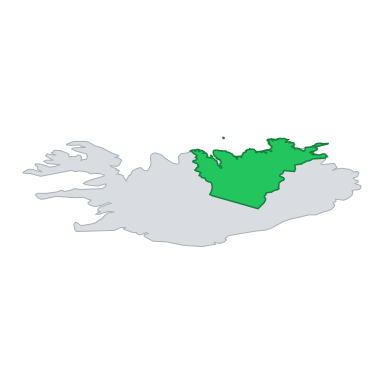 location of Norðurland eystra within Iceland
{"feature_id": "ISL-702", "entity_name": "Norðurland eystra", "entity_type": "Region", "adm_level": 1, "iso_a3": "ISL", "parent_name": "Iceland", "parent_adm1": "", "projection": "equal_earth", "projection_center": [-17.153, 65.518], "detail": "fine", "context": "in_parent", "style": "filled", "palette": "green", "viewbox_px": 384, "rotation_deg": 0, "n_neighbors": 0, "source": "natural_earth", "source_scale": "10m", "svg_char_len": 9613}
<svg xmlns="http://www.w3.org/2000/svg" viewBox="0 0 384 384"><path d="M298.8,148.6L302.3,148.7L308.0,147.6L316.3,144.2L319.7,143.5L327.7,143.5L318.1,146.7L314.6,150.3L311.9,152.0L312.0,152.8L318.8,155.0L322.1,154.3L323.5,154.5L324.9,155.6L325.8,157.6L325.3,159.7L323.3,161.9L320.7,163.6L321.1,164.2L323.2,164.5L334.5,163.4L335.8,166.0L336.9,166.9L336.6,167.8L332.2,170.6L337.4,168.8L341.6,168.3L348.7,169.2L351.7,170.3L353.5,172.1L357.0,171.5L358.7,172.5L358.8,173.6L357.3,176.6L353.1,178.1L355.7,180.3L357.8,180.4L358.2,180.9L358.0,182.2L354.8,183.7L360.2,185.4L361.0,186.0L360.7,188.0L359.8,189.1L358.2,189.8L354.3,189.9L351.9,190.6L352.8,191.8L352.1,195.1L349.1,197.8L346.3,199.3L343.5,200.2L335.6,199.2L336.0,201.5L333.2,203.0L333.8,204.2L334.8,204.8L334.4,206.4L330.9,209.6L328.3,210.7L323.3,211.9L316.1,214.9L308.8,214.9L290.8,219.1L283.7,221.4L270.9,228.3L265.5,230.1L256.3,231.0L228.5,235.6L225.4,238.3L225.2,238.9L226.4,240.0L224.3,241.9L220.1,243.3L218.1,243.3L214.7,242.1L214.2,242.7L215.6,244.2L202.0,246.6L183.1,245.3L166.5,241.9L153.3,241.2L144.1,236.5L143.9,235.7L144.9,234.3L148.3,233.7L146.7,232.3L141.0,234.8L139.2,234.7L136.8,233.7L136.8,232.7L132.1,232.3L124.1,229.3L123.5,228.7L125.5,227.7L125.1,227.5L120.7,227.6L114.3,230.4L76.3,231.5L75.1,230.0L73.8,224.7L75.3,222.4L76.8,222.6L81.1,225.7L91.3,224.0L95.5,222.8L99.4,219.9L101.6,219.0L104.9,215.3L108.1,213.0L114.5,212.0L108.8,211.3L99.2,214.3L96.0,214.3L97.5,213.0L100.9,211.5L98.6,211.4L97.8,210.8L97.7,209.4L99.5,207.2L110.9,203.3L108.3,202.6L100.4,205.5L94.7,206.6L90.1,205.2L88.0,203.4L88.2,202.6L91.0,200.3L90.6,199.8L88.7,199.6L83.9,197.4L76.0,197.7L56.5,196.4L41.6,199.4L38.2,198.0L35.4,195.1L36.1,193.9L38.7,193.3L45.9,193.4L56.6,192.0L61.5,190.3L63.3,190.7L64.2,191.5L70.8,190.2L74.3,188.7L80.1,189.4L102.2,188.7L105.1,186.7L106.3,184.3L105.9,183.9L97.7,186.0L95.8,186.0L86.6,184.8L83.3,183.6L84.4,182.5L89.5,180.3L102.2,176.6L104.0,175.9L104.3,175.0L99.3,173.4L89.9,173.8L87.5,172.0L79.7,170.9L74.5,171.6L71.8,170.4L40.6,176.3L30.7,173.6L23.6,173.2L23.0,172.3L27.4,169.7L30.3,169.3L33.1,169.5L38.5,171.3L42.2,171.9L37.6,169.2L37.6,166.7L36.2,166.0L34.8,164.4L35.5,163.8L41.1,164.2L49.9,167.1L54.4,166.6L60.3,164.7L47.4,163.6L43.6,161.3L46.5,160.1L53.2,160.3L46.0,156.4L45.7,155.7L47.0,153.9L56.2,155.4L51.5,153.1L51.4,152.6L52.8,152.2L53.7,150.7L56.0,150.2L60.7,150.7L67.8,153.4L68.8,154.1L68.9,156.9L71.8,156.4L75.2,156.8L78.1,154.9L80.1,155.4L81.5,157.0L81.1,160.7L83.2,159.4L86.6,159.3L87.3,156.3L86.7,153.9L75.8,151.1L71.6,149.1L72.1,148.4L74.3,147.8L85.9,147.3L81.0,146.2L79.8,145.0L71.0,145.4L66.6,144.9L66.6,144.3L68.4,143.4L73.8,141.5L83.9,141.4L87.9,141.9L95.6,146.0L101.7,147.6L112.0,153.2L118.6,155.4L118.9,155.9L117.7,156.6L115.1,157.3L119.1,158.3L121.4,159.8L121.6,160.4L119.2,165.0L116.6,166.4L110.4,165.6L111.8,167.0L116.2,168.6L117.2,169.4L116.5,170.3L118.6,170.0L119.3,170.5L118.2,173.1L117.0,174.1L120.7,174.6L123.2,175.9L126.1,181.2L128.0,177.1L128.9,175.6L130.4,175.1L132.4,171.0L136.7,168.5L140.6,167.6L144.5,170.5L147.4,170.8L150.6,165.7L151.1,162.1L150.3,158.0L150.9,155.1L152.9,153.4L155.5,152.9L161.1,154.6L165.6,158.6L172.5,163.0L177.3,164.1L178.2,163.9L179.1,162.5L178.5,156.8L180.9,153.7L186.6,153.0L195.4,150.2L197.4,150.1L201.7,151.7L209.3,157.4L214.8,160.1L217.6,164.4L218.9,165.2L220.1,163.9L220.2,162.0L213.7,153.1L213.6,151.9L214.3,151.0L226.2,151.4L228.9,152.4L237.2,157.4L241.3,155.4L249.4,149.5L252.2,149.6L259.1,152.1L261.8,151.8L269.9,149.7L271.6,146.9L268.1,141.3L269.6,140.2L277.0,138.8L285.1,139.1L293.5,144.3L293.9,146.7L298.8,148.6Z" fill="#d9dde1" stroke="#a8b0b8" stroke-width="1"/><path d="M190.3,151.0L191.6,150.3L194.4,149.9L195.4,150.1L195.1,151.1L195.7,151.0L196.8,150.0L196.6,149.6L197.2,149.4L198.0,149.4L199.5,149.8L198.8,151.0L198.7,151.5L199.0,151.5L201.2,150.5L202.1,150.6L203.5,151.4L204.1,151.6L204.3,151.8L204.0,152.4L203.1,153.2L203.9,153.2L205.0,152.7L206.6,153.5L207.2,154.7L207.5,155.3L206.6,156.9L206.7,157.1L208.9,157.4L210.3,157.8L212.6,157.9L213.2,158.3L213.8,158.9L214.5,159.1L215.3,160.5L216.4,160.6L216.6,160.7L217.0,161.4L216.9,162.3L217.0,162.7L217.7,163.6L217.7,165.0L217.8,165.2L220.4,166.6L220.3,167.1L220.4,167.7L220.8,168.2L221.3,168.2L221.7,167.8L221.6,167.2L221.4,166.6L221.1,166.2L220.0,165.7L219.9,165.3L220.3,164.7L220.1,164.0L220.3,163.6L221.1,163.1L221.3,162.5L221.2,162.0L220.3,160.4L220.2,159.7L219.6,159.7L218.7,158.8L218.3,158.8L218.0,159.2L217.6,159.1L216.6,158.5L216.3,158.3L216.6,157.8L216.5,157.4L216.1,157.0L215.2,156.8L214.2,155.7L214.4,155.5L214.4,155.3L213.6,154.3L213.3,152.8L213.4,151.2L214.3,150.2L214.7,150.2L217.4,150.2L219.0,150.7L220.8,150.7L220.6,150.9L221.7,151.2L224.7,150.9L226.1,151.1L226.3,151.4L226.6,152.1L226.9,152.3L227.2,152.4L228.5,152.3L229.0,152.5L230.0,153.1L231.0,153.4L232.2,154.2L232.6,154.6L233.0,155.6L233.4,156.0L234.4,156.3L234.9,156.7L235.7,157.4L236.7,158.8L237.2,159.2L237.3,158.6L237.0,158.1L236.3,157.1L237.6,157.1L238.9,156.7L236.0,156.7L235.3,156.5L240.2,156.4L240.5,156.6L241.2,157.6L241.4,157.6L241.6,157.1L241.5,156.9L241.2,156.7L241.9,156.0L242.1,155.7L242.0,155.3L242.5,155.0L242.9,154.6L242.9,153.5L243.3,153.0L244.0,152.5L246.1,151.9L246.2,151.5L246.3,151.1L246.1,150.9L245.8,150.8L245.9,150.6L246.6,150.1L247.4,149.7L249.3,149.4L249.6,148.8L250.4,149.2L253.5,149.3L254.3,149.6L256.1,151.6L256.1,152.1L255.7,152.1L255.7,152.3L256.5,152.5L256.8,152.5L257.2,152.3L256.5,152.1L257.6,151.7L261.5,151.2L262.6,151.4L261.7,151.5L260.8,151.9L261.2,152.0L261.7,152.5L261.9,152.4L262.9,151.5L263.3,151.4L264.1,151.8L265.5,152.9L266.5,153.0L266.5,152.8L265.5,152.4L264.7,152.0L264.4,151.5L264.3,150.9L263.7,150.7L265.1,150.2L267.2,149.9L268.5,149.6L269.2,149.6L266.5,150.3L265.6,150.7L268.3,150.2L268.9,150.2L269.7,150.5L270.9,151.3L271.7,151.4L271.7,151.1L270.6,150.6L270.1,150.3L269.8,149.9L269.9,149.4L270.3,149.0L271.3,148.4L271.2,148.2L271.8,147.5L271.9,147.2L271.8,146.6L270.8,145.6L270.1,145.3L270.0,144.5L269.1,144.2L268.9,144.0L269.1,143.4L268.7,143.4L269.1,142.9L268.8,142.7L268.5,142.2L269.1,142.2L268.6,141.7L268.0,140.6L267.1,140.2L267.4,139.7L268.0,139.3L268.7,139.3L268.9,139.5L269.0,139.9L269.3,140.0L269.8,139.2L271.0,138.9L271.5,138.9L271.5,139.2L271.4,139.5L271.5,139.8L272.1,140.2L271.8,139.5L273.5,139.1L274.7,139.7L275.2,139.7L274.6,140.0L275.1,140.2L276.4,140.0L276.4,139.7L277.4,139.0L277.7,139.4L278.1,139.5L278.4,139.3L278.6,138.7L279.6,138.4L280.4,138.4L282.2,138.7L283.9,138.4L286.5,139.5L288.0,139.7L287.6,140.0L286.7,140.4L286.5,140.9L286.9,140.9L286.9,141.1L286.3,141.3L287.0,141.8L286.6,142.1L288.1,142.0L289.3,142.1L289.9,142.0L289.7,142.7L292.6,142.7L293.2,142.8L293.7,143.0L294.0,143.3L293.9,143.8L294.5,144.7L293.3,145.8L292.6,146.2L291.6,146.6L292.1,147.0L292.4,146.9L293.2,147.2L294.2,147.4L294.3,147.6L294.0,148.4L294.5,148.6L296.7,148.6L297.8,148.4L298.1,148.5L298.6,148.8L299.2,148.6L299.3,149.0L299.5,149.3L299.8,149.5L300.7,149.7L302.6,150.5L303.2,150.9L303.8,151.2L304.5,150.9L304.3,150.9L304.1,150.7L304.6,150.5L305.0,150.1L305.3,149.6L305.3,149.0L305.1,147.8L305.3,147.5L306.1,147.3L309.9,147.3L312.1,146.9L312.4,146.1L314.6,145.5L314.9,145.1L315.1,144.6L315.6,144.2L317.6,143.4L320.2,143.2L321.0,143.2L322.1,143.7L322.9,143.8L328.7,143.4L327.3,144.1L321.9,145.2L319.5,146.0L316.6,146.3L315.7,146.7L315.0,147.3L316.1,147.6L316.2,147.8L317.4,148.8L316.9,149.8L316.7,150.0L313.8,151.3L313.3,151.4L311.4,151.4L310.6,151.8L310.0,152.5L311.4,152.9L313.3,153.0L313.7,153.3L313.8,153.9L312.6,154.4L313.2,154.6L316.7,154.6L318.7,155.1L320.1,155.0L322.6,154.0L324.2,153.9L324.9,154.1L325.5,154.4L325.9,154.9L326.1,155.6L326.3,156.0L327.2,156.2L327.4,156.3L327.5,156.7L326.0,156.9L325.1,158.1L312.5,158.9L311.8,159.6L310.6,160.2L308.7,160.9L306.0,161.1L305.6,161.8L305.3,162.1L302.9,162.9L302.1,163.4L301.9,163.9L295.0,164.9L294.7,165.3L294.7,166.1L295.1,166.7L295.2,167.8L295.5,169.0L294.8,170.3L294.5,171.5L284.6,170.6L284.1,170.6L283.9,170.8L283.7,171.0L283.4,172.1L282.7,173.3L281.9,174.0L281.0,174.2L280.0,175.0L279.7,175.3L279.6,175.7L279.6,176.0L280.1,176.4L282.5,177.2L283.0,177.5L283.9,178.2L284.2,178.9L284.1,179.4L283.4,180.2L281.2,181.1L280.2,182.0L279.4,182.6L279.0,183.1L278.8,183.8L278.9,184.1L278.8,184.6L278.9,186.1L278.2,187.9L278.4,188.2L279.0,188.4L278.9,188.6L278.7,188.9L277.5,189.7L274.7,190.3L273.4,190.9L271.4,192.2L268.8,192.4L267.0,192.8L266.2,192.9L266.0,193.0L265.7,193.9L265.7,194.1L265.9,194.5L265.8,194.8L265.1,195.4L264.3,196.2L264.2,196.5L264.2,196.8L265.1,198.0L265.6,199.2L265.5,199.8L264.7,201.6L263.9,202.9L258.0,208.7L240.3,203.6L212.6,195.8L209.8,194.5L211.2,191.7L212.1,188.7L212.2,187.0L212.1,185.3L211.5,183.2L211.3,182.8L210.7,182.4L207.8,181.5L206.4,180.7L205.9,180.3L205.5,179.7L205.1,178.6L205.0,178.2L204.7,178.0L201.9,177.7L201.4,177.3L201.2,176.6L200.9,176.2L199.2,175.6L199.1,175.2L199.7,174.5L199.8,173.8L200.8,173.0L200.9,172.8L200.6,172.5L198.5,171.5L197.0,171.3L196.1,170.6L195.3,170.5L194.9,170.2L195.0,169.7L195.8,169.3L196.0,168.8L196.6,168.3L196.7,167.6L197.1,167.4L198.4,166.9L198.7,166.6L198.6,166.3L198.6,166.1L197.9,165.6L197.8,165.4L198.0,164.9L197.9,164.6L197.3,163.8L196.7,163.4L196.1,163.3L194.6,162.6L193.2,162.1L192.9,161.6L192.9,161.3L193.2,160.9L193.5,160.6L195.4,160.3L196.7,159.4L196.8,159.2L196.8,158.7L196.6,158.1L195.4,157.5L195.6,157.3L196.2,157.0L196.3,156.3L197.1,155.9L197.1,155.6L196.7,155.2L193.8,153.6L191.8,151.6L190.3,151.0ZM211.6,155.8L212.4,156.5L212.4,156.9L211.9,157.0L211.3,156.8L211.1,156.6L210.6,155.5L210.8,155.3L211.6,155.8ZM223.2,137.4L224.2,138.0L224.1,138.3L223.5,138.5L223.0,138.1L222.9,137.5L223.2,137.4Z" fill="#22c55e" stroke="#15803d" stroke-width="1.5"/></svg>